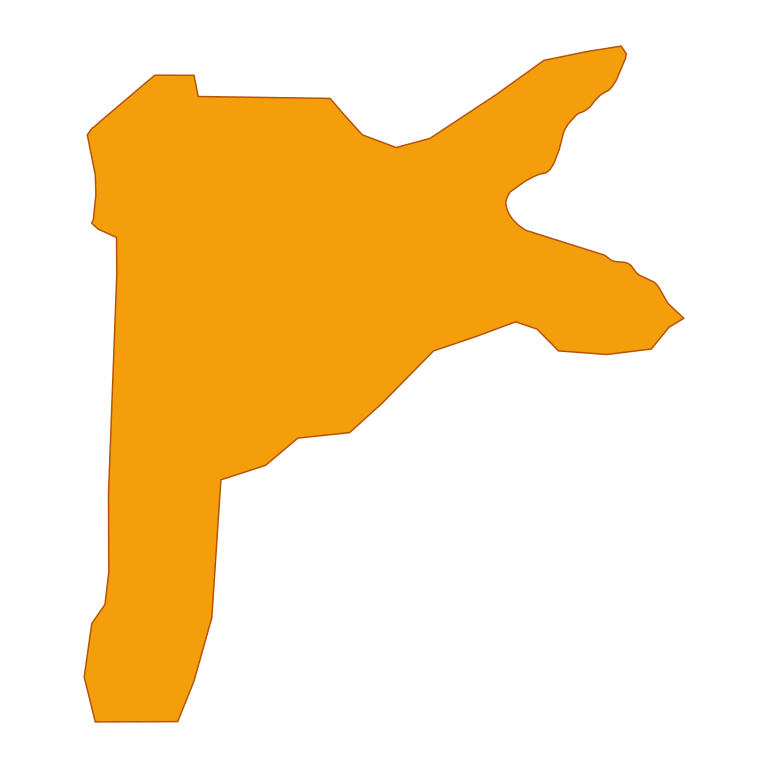 an SVG outline of Dabola
{"feature_id": "GIN-5632", "entity_name": "Dabola", "entity_type": "Prefecture", "adm_level": 1, "iso_a3": "GIN", "parent_name": "Guinea", "parent_adm1": "", "projection": "albers", "projection_center": [-11.021, 10.553], "detail": "fine", "context": "isolated", "style": "filled", "palette": "amber", "viewbox_px": 768, "rotation_deg": 0, "n_neighbors": 0, "source": "natural_earth", "source_scale": "10m", "svg_char_len": 1221}
<svg xmlns="http://www.w3.org/2000/svg" viewBox="0 0 768 768"><path d="M177.7,721.6L156.4,721.7L95.3,721.9L84.2,677.0L91.8,623.5L105.0,604.4L108.8,572.0L108.5,493.5L116.8,273.9L116.5,237.5L98.3,229.2L91.7,223.2L93.4,219.3L95.9,194.6L95.3,175.0L87.3,134.9L92.1,128.2L95.1,126.1L99.4,122.1L154.7,75.2L194.0,75.3L198.2,96.5L330.1,98.4L342.6,113.0L362.2,134.8L396.0,147.5L429.9,138.4L495.9,94.8L544.0,60.3L588.6,51.2L621.2,46.1L626.4,53.9L625.3,58.8L616.2,80.4L612.2,86.6L608.5,90.5L605.6,91.8L600.4,95.0L594.7,100.9L590.4,106.5L587.0,109.4L583.6,111.4L577.8,113.8L576.2,115.2L568.0,124.2L565.3,128.7L563.4,132.9L559.2,149.6L553.9,163.4L550.2,169.3L546.3,172.7L539.4,174.2L533.4,176.7L525.3,181.1L510.0,192.0L507.0,197.3L505.7,202.7L506.7,208.4L509.0,214.0L512.9,219.7L518.1,225.0L525.7,230.3L604.9,255.3L609.7,259.1L612.4,260.7L615.7,261.6L624.3,262.3L627.7,263.3L630.9,265.4L636.6,273.0L639.4,275.2L654.2,282.2L656.8,284.7L659.2,288.0L667.1,302.0L669.0,304.4L683.8,318.3L669.1,327.2L651.3,349.0L606.7,354.5L558.5,350.9L537.0,329.1L515.6,321.8L476.3,336.4L433.5,350.9L381.7,403.6L349.6,432.6L297.8,438.1L265.6,465.3L220.9,479.8L211.8,617.8L193.9,681.3L177.7,721.6Z" fill="#f59e0b" stroke="#b45309" stroke-width="1.5"/></svg>